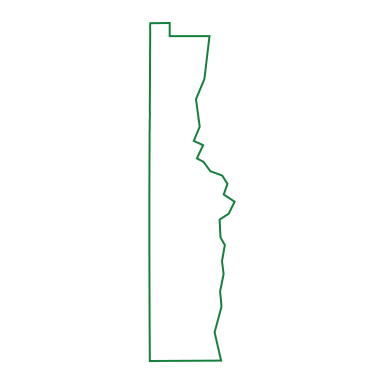 outline of Vermillion, Indiana, United States of America
{"feature_id": "52423323B79800706132785", "entity_name": "Vermillion", "entity_type": "district", "adm_level": 2, "iso_a3": "USA", "parent_name": "United States of America", "parent_adm1": "Indiana", "projection": "equal_earth", "projection_center": [-87.462, 39.878], "detail": "fine", "context": "isolated", "style": "outline", "palette": "green", "viewbox_px": 384, "rotation_deg": 0, "n_neighbors": 0, "source": "geoboundaries", "source_scale": "gbopen_adm2", "svg_char_len": 658}
<svg xmlns="http://www.w3.org/2000/svg" viewBox="0 0 384 384"><path d="M221.1,360.6L214.6,332.4L221.5,306.6L220.1,291.4L223.6,274.1L222.0,261.2L224.8,245.1L220.5,237.4L219.6,219.6L228.7,213.7L234.6,201.7L223.7,194.5L227.5,183.9L222.2,175.5L210.3,171.2L203.6,161.9L196.9,158.4L203.1,145.2L193.8,140.9L199.7,126.7L196.0,99.2L204.4,79.0L209.5,36.1L169.7,36.1L169.7,23.0L150.3,23.2L150.3,23.3L150.1,25.6L150.2,32.6L149.8,108.3L149.9,115.6L149.8,117.0L149.7,123.4L149.7,129.5L149.6,131.2L149.6,133.6L149.4,188.5L149.4,233.6L149.4,238.0L149.4,242.8L149.4,251.9L149.6,324.9L149.7,336.7L149.8,361.0L221.1,360.6Z" fill="none" stroke="#15803d" stroke-width="2"/></svg>